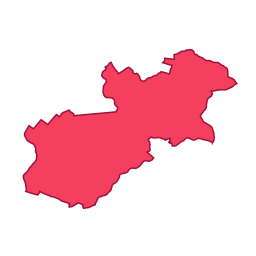 Hidiselu De Sus, Bihor, Romania (Equal Earth projection), rotated 8°
{"feature_id": "2599482B72437023812586", "entity_name": "Hidiselu De Sus", "entity_type": "district", "adm_level": 2, "iso_a3": "ROU", "parent_name": "Romania", "parent_adm1": "Bihor", "projection": "equal_earth", "projection_center": [22.026, 46.921], "detail": "fine", "context": "isolated", "style": "filled", "palette": "rose", "viewbox_px": 256, "rotation_deg": 8, "n_neighbors": 0, "source": "geoboundaries", "source_scale": "gbopen_adm2", "svg_char_len": 5805}
<svg xmlns="http://www.w3.org/2000/svg" viewBox="0 0 256 256"><g transform="rotate(8 128 128)"><path d="M213.6,130.8L213.7,130.4L214.4,129.8L214.8,127.8L214.7,126.2L214.6,124.9L214.3,124.2L213.8,121.4L213.1,119.8L211.3,116.2L210.6,115.3L208.6,114.1L201.7,111.3L201.3,110.8L200.5,109.3L199.7,108.6L198.9,107.7L198.9,107.3L198.0,106.4L198.6,104.2L200.0,102.1L200.7,100.5L201.5,99.6L202.4,97.6L202.7,96.5L202.7,95.6L202.3,94.2L202.5,93.1L202.5,90.8L202.6,89.9L202.9,88.9L202.9,88.2L203.5,87.3L204.5,86.3L205.1,85.9L205.2,85.6L206.2,84.6L206.2,84.3L206.5,83.2L206.6,82.9L206.9,82.4L205.5,80.2L205.2,79.7L208.0,79.4L211.4,77.9L212.0,77.8L213.3,77.6L214.6,77.2L219.5,76.6L222.3,74.9L225.7,72.6L227.4,70.3L229.6,68.8L227.9,67.4L227.2,66.4L226.0,65.2L225.0,64.7L222.6,64.0L220.5,63.6L220.0,63.3L219.8,62.9L219.3,60.8L218.9,57.7L217.9,55.4L217.5,55.1L215.3,54.1L213.7,53.1L213.1,53.0L212.6,52.8L211.8,52.7L210.1,51.6L209.8,51.4L208.5,51.0L208.0,50.6L205.0,51.0L204.5,51.0L204.0,51.2L203.6,51.1L203.0,50.8L201.5,50.5L201.3,50.3L200.5,50.2L200.0,50.0L199.6,50.1L199.2,49.9L198.1,50.0L196.4,50.4L196.1,50.3L194.1,49.4L192.2,48.3L191.0,47.9L189.5,47.8L188.5,47.3L187.7,47.1L186.7,46.5L186.4,46.1L185.8,45.7L184.3,46.0L182.8,44.0L182.3,42.9L181.2,42.4L180.3,41.6L180.0,41.8L179.1,41.9L178.4,41.8L177.4,42.0L176.7,42.4L176.7,42.6L176.3,42.8L175.3,42.5L173.1,44.1L171.1,44.5L171.0,44.4L170.5,44.6L170.6,44.8L169.9,45.0L169.2,45.4L169.0,46.2L167.8,46.7L167.5,46.7L167.2,46.9L167.2,47.1L166.6,47.5L166.0,48.0L165.5,48.2L165.3,48.3L163.5,48.9L163.4,49.0L164.4,53.6L154.6,53.8L154.9,56.0L154.7,56.8L154.3,57.4L153.6,57.9L153.2,58.5L163.0,60.0L162.4,63.1L162.2,63.1L161.7,65.5L162.0,65.7L161.4,68.7L158.9,68.3L152.9,67.6L152.2,68.9L151.2,69.4L150.5,69.5L149.6,71.5L147.9,72.0L146.3,72.9L145.6,73.3L145.0,74.0L143.8,74.7L140.7,75.9L140.4,76.1L139.7,76.9L139.4,77.7L137.9,79.1L136.6,79.5L135.5,79.4L134.1,78.9L133.1,77.6L132.7,76.7L132.3,75.5L130.2,73.2L128.9,72.6L127.8,73.3L127.1,73.5L126.5,73.2L125.2,72.5L125.1,72.1L125.2,71.8L125.0,70.8L124.3,70.2L123.8,70.0L123.4,69.6L122.8,69.3L122.0,68.5L120.9,68.1L119.9,67.8L119.2,68.5L118.8,68.6L114.2,72.9L112.0,74.7L111.2,75.5L108.7,73.0L106.9,71.5L103.8,68.0L102.1,65.3L101.2,65.7L100.4,66.7L100.0,67.4L99.6,68.6L99.3,69.0L98.5,69.6L97.4,70.3L96.9,70.9L97.8,71.5L97.8,72.6L96.8,74.2L95.2,75.8L94.9,77.0L94.7,80.0L96.5,81.8L97.4,82.3L98.7,82.7L99.2,83.1L99.5,83.5L99.9,84.3L100.0,84.9L100.0,85.5L98.1,89.5L97.9,90.2L97.9,90.8L98.3,96.1L98.8,97.3L100.1,99.4L101.1,100.4L101.9,100.7L102.9,100.8L106.0,100.5L107.6,100.5L108.2,100.6L109.3,101.2L110.2,101.9L110.5,102.3L110.9,103.2L111.1,103.8L111.2,105.1L111.5,106.2L112.1,107.0L114.2,108.6L114.8,109.4L115.0,110.1L115.0,110.6L114.8,111.2L114.0,112.6L113.9,113.7L72.4,123.4L72.3,121.7L70.9,120.8L69.4,120.2L68.3,119.9L67.2,118.4L65.4,119.4L63.9,120.4L61.4,121.8L61.3,122.0L60.4,123.0L59.4,125.1L58.6,126.3L55.2,124.6L48.0,135.7L40.8,131.9L34.5,141.9L29.6,139.5L26.4,147.5L26.4,149.0L26.6,149.5L27.7,151.5L30.3,154.7L31.1,155.1L36.4,157.0L37.1,157.4L37.5,158.0L37.9,158.8L39.1,160.3L39.5,161.8L39.7,162.8L39.6,163.5L40.0,164.8L41.3,166.6L41.6,168.5L41.6,170.5L41.7,171.8L40.6,174.5L38.8,176.7L37.6,179.1L36.1,181.1L34.7,184.5L33.8,185.9L32.1,187.8L31.4,188.9L31.0,189.8L31.0,190.3L31.5,192.3L32.3,193.8L33.5,195.7L34.6,198.3L34.8,199.4L36.0,203.2L35.6,205.0L45.1,206.6L48.0,206.8L49.5,204.0L49.4,203.1L49.6,203.1L54.4,204.8L56.0,205.1L61.2,206.4L61.4,206.6L63.9,206.6L66.1,207.2L66.6,207.2L68.5,207.6L70.5,208.4L72.4,209.5L79.9,210.8L79.7,211.1L79.9,211.6L81.0,211.8L80.5,214.2L81.0,214.4L81.2,214.2L82.1,214.0L82.2,213.9L82.7,213.9L83.2,213.7L83.3,213.5L83.8,213.4L84.0,213.1L84.5,212.9L84.8,212.5L85.2,212.3L85.9,211.6L86.4,211.3L86.7,210.9L87.3,210.7L87.6,210.5L87.8,209.9L88.1,209.9L88.4,209.5L88.7,209.4L88.7,209.2L89.0,209.1L90.1,209.2L91.0,209.5L91.9,209.6L92.9,210.1L94.1,210.2L94.1,211.0L94.0,211.3L94.0,211.6L94.2,211.8L94.5,212.7L94.9,213.1L95.2,213.7L96.9,213.2L97.8,212.7L99.3,212.6L102.1,211.1L102.7,210.5L103.5,210.0L106.0,208.8L106.1,208.7L106.2,207.5L106.1,206.9L106.5,206.7L106.7,206.2L106.6,205.8L107.0,205.4L107.2,204.9L107.6,202.7L107.7,202.1L107.9,201.6L108.5,201.1L109.1,200.4L109.8,199.9L111.3,199.6L112.3,198.7L113.9,198.1L114.6,197.9L116.6,196.5L117.3,194.8L118.0,194.0L118.7,193.4L119.5,192.4L119.9,190.9L119.9,190.2L120.2,188.5L120.3,187.2L120.8,186.0L121.9,185.0L123.6,183.6L124.7,182.0L125.0,181.2L125.4,180.4L126.2,178.3L126.3,177.7L126.2,176.9L126.3,175.8L126.6,175.1L126.8,174.9L127.3,174.6L132.0,172.7L133.7,171.6L134.1,170.8L135.0,168.8L135.6,168.2L135.9,167.9L137.5,167.2L138.2,167.0L141.0,167.0L142.3,166.3L143.9,165.0L145.2,163.6L145.9,162.6L146.6,161.3L146.9,160.6L148.2,158.7L148.5,158.4L150.4,157.9L152.8,158.1L154.2,157.6L156.3,156.2L156.7,155.8L157.5,153.9L150.3,149.2L151.1,148.7L151.6,148.3L151.7,147.9L152.1,147.8L152.4,147.9L152.7,147.6L152.9,147.1L152.9,146.6L152.8,146.1L152.1,144.5L152.2,144.1L152.1,143.6L152.0,142.8L152.2,141.3L152.0,141.0L151.4,139.2L151.2,139.0L150.9,138.3L150.3,137.9L150.2,137.6L150.0,137.3L150.0,136.9L149.9,136.8L150.0,136.5L149.7,136.3L150.3,135.6L151.1,134.9L152.0,133.8L152.5,133.7L153.1,134.2L154.6,134.2L156.3,134.1L159.6,133.1L161.1,133.2L162.8,133.5L164.2,134.1L165.4,133.5L166.5,134.9L171.0,132.3L171.4,132.9L171.1,133.5L171.1,134.6L171.6,135.3L170.3,136.1L170.9,136.9L171.3,137.2L171.5,137.0L171.8,137.1L172.3,136.6L172.8,136.9L173.3,137.3L173.7,137.8L173.9,138.1L174.2,139.6L175.9,139.5L176.8,139.3L177.6,139.0L178.1,138.6L180.0,136.9L182.6,134.2L184.9,132.8L186.2,130.8L186.8,130.2L188.0,129.6L188.8,129.5L190.1,129.7L193.4,130.7L194.9,130.8L195.6,130.6L196.8,130.0L197.4,129.3L198.4,128.7L199.9,128.3L202.2,128.6L203.9,129.0L207.3,129.1L210.6,129.6L212.5,130.3L213.5,130.5L213.6,130.8Z" fill="#f43f5e" stroke="#9f1239" stroke-width="1.5"/></g></svg>